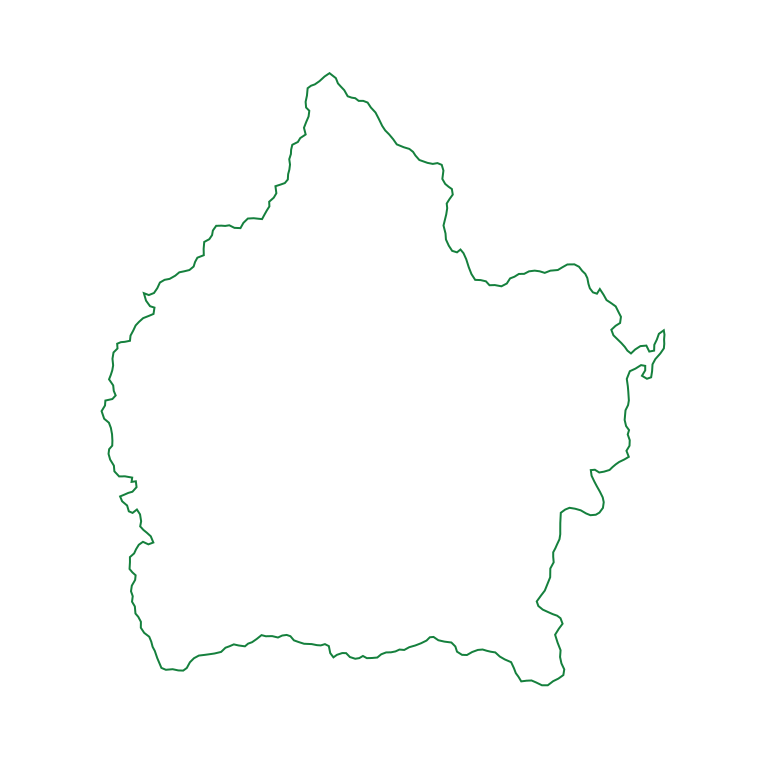 the district of Bom Despacho, Minas Gerais, Brazil, rotated 175°
{"feature_id": "56859067B37689080878598", "entity_name": "Bom Despacho", "entity_type": "district", "adm_level": 2, "iso_a3": "BRA", "parent_name": "Brazil", "parent_adm1": "Minas Gerais", "projection": "robinson", "projection_center": [-45.298, -19.708], "detail": "fine", "context": "isolated", "style": "outline", "palette": "green", "viewbox_px": 768, "rotation_deg": 175, "n_neighbors": 0, "source": "geoboundaries", "source_scale": "gbopen_adm2", "svg_char_len": 5261}
<svg xmlns="http://www.w3.org/2000/svg" viewBox="0 0 768 768"><g transform="rotate(175 384 384)"><path d="M615.3,495.4L613.8,487.8L610.3,481.9L606.0,480.1L607.5,473.9L611.8,472.5L618.2,470.6L622.6,467.3L626.3,464.0L629.2,459.0L632.3,454.3L633.3,449.2L638.6,448.6L642.5,448.6L646.3,447.4L646.4,442.6L650.7,439.0L652.3,432.8L652.2,426.2L653.5,421.3L655.4,416.8L657.5,412.6L653.9,406.2L653.8,400.7L652.3,396.0L655.9,392.7L663.0,391.8L663.8,386.9L667.7,381.6L665.8,373.8L661.4,369.4L659.9,364.0L659.3,357.6L659.5,351.2L660.1,346.3L663.5,343.0L664.5,338.4L663.4,332.6L660.2,326.2L660.2,320.5L655.9,315.0L650.1,314.6L643.0,312.7L644.0,308.5L639.7,308.7L639.5,302.8L644.0,298.6L648.2,297.8L652.0,296.5L656.7,295.0L655.1,290.0L650.5,285.3L649.3,279.4L645.7,277.5L641.1,280.5L638.4,275.4L637.9,268.4L639.3,263.4L636.4,259.6L633.3,256.6L629.6,252.6L627.6,246.2L632.7,244.8L637.9,247.8L642.3,245.2L645.4,241.0L647.7,237.0L652.2,233.7L652.6,228.7L653.6,221.9L651.1,218.3L648.1,215.1L649.0,210.5L652.8,205.1L654.1,199.6L652.8,194.5L654.0,189.1L651.6,184.1L651.6,177.0L649.1,173.5L646.9,168.3L647.5,162.4L644.6,157.0L639.9,152.7L638.3,147.6L637.4,142.3L635.6,138.1L633.8,130.8L630.5,120.6L626.2,118.3L619.4,118.3L613.9,116.6L609.0,116.0L605.2,118.3L601.6,123.7L597.2,127.4L592.1,129.6L585.8,129.8L581.7,130.0L576.4,130.3L569.6,131.3L564.9,135.1L560.8,136.2L556.3,137.7L551.6,136.2L545.4,134.8L542.0,137.2L537.9,138.3L533.0,141.1L527.9,144.5L523.7,143.0L517.4,142.6L511.7,140.7L507.3,142.3L502.8,142.5L499.2,140.9L496.1,136.5L491.8,134.5L486.3,132.2L478.7,131.2L473.6,129.7L469.8,129.1L465.5,130.0L461.8,127.7L461.0,120.6L458.2,116.1L454.5,118.3L449.1,119.6L445.2,119.2L441.8,115.0L436.6,112.8L432.5,113.1L428.7,114.9L425.0,112.4L420.0,112.1L414.5,112.1L410.3,115.0L405.3,116.4L400.4,116.1L395.9,116.6L391.7,118.1L387.0,117.3L381.8,119.6L375.6,120.8L369.7,122.5L364.0,124.7L360.4,127.7L356.7,127.7L352.2,124.0L346.3,122.1L339.4,120.6L335.8,116.3L334.6,111.0L329.9,107.4L325.0,106.8L319.6,109.3L313.7,110.9L308.9,110.9L304.9,109.3L301.0,108.0L296.5,106.9L292.4,102.4L287.7,99.1L281.6,95.8L279.3,89.5L277.9,84.5L275.6,80.7L273.2,75.8L267.8,76.0L262.9,75.8L258.6,73.5L252.9,70.1L247.1,69.6L241.4,73.2L236.0,75.3L230.7,78.4L229.3,84.0L231.6,90.2L232.4,96.7L231.3,103.4L233.6,111.2L235.4,119.3L231.2,124.9L227.0,129.6L228.6,135.3L231.7,138.1L235.9,140.0L240.4,142.5L245.5,145.4L249.6,149.4L250.8,154.1L246.1,159.5L241.8,164.2L238.5,170.7L235.3,177.0L234.4,185.7L230.5,191.6L230.5,197.1L230.1,201.6L227.7,205.3L225.6,209.1L222.7,214.1L221.5,219.0L221.1,223.7L220.5,230.1L219.1,240.3L214.5,243.1L210.0,244.5L204.5,243.1L199.0,241.0L193.9,237.4L189.8,235.3L184.4,235.3L180.6,237.1L176.7,241.5L175.4,247.1L176.0,252.0L178.3,257.9L180.9,263.6L183.0,268.6L185.2,274.5L185.5,280.2L181.4,280.2L177.3,277.1L172.5,277.5L166.8,278.7L163.6,281.3L160.2,283.7L156.6,285.8L151.1,287.9L146.5,290.1L148.3,296.3L144.8,301.1L144.1,306.6L145.6,312.5L143.9,316.7L146.5,321.0L147.4,327.2L145.7,336.8L142.7,341.7L141.5,346.3L141.3,355.5L141.3,360.5L141.7,367.9L138.0,375.3L132.2,377.4L126.3,380.4L122.2,379.3L122.6,374.8L126.3,369.7L121.6,366.3L117.3,367.4L115.8,373.4L114.8,380.2L111.5,385.2L106.1,390.3L102.1,395.1L101.3,399.5L101.1,404.0L100.3,408.7L100.6,413.1L105.8,410.0L108.3,404.5L111.3,399.5L112.0,393.7L116.9,393.2L119.3,399.4L125.3,399.4L130.8,396.5L135.3,392.9L138.6,396.0L140.9,400.0L143.9,404.0L147.6,408.3L151.2,412.5L152.8,418.2L148.2,421.8L143.5,424.2L142.1,430.3L144.1,435.2L146.4,441.1L151.3,445.3L155.0,448.2L157.5,453.8L160.7,459.8L164.0,455.4L167.9,457.1L170.6,461.4L171.6,465.9L172.2,471.8L173.9,476.2L176.7,479.4L179.5,483.8L183.9,486.6L190.9,487.1L196.0,484.8L200.9,482.4L208.4,482.4L214.2,480.7L219.1,482.7L224.0,483.8L229.7,483.6L234.8,481.5L240.0,481.9L244.7,479.5L249.2,478.2L252.9,473.4L258.5,471.1L265.0,472.9L270.3,473.2L273.5,477.4L278.7,479.1L284.1,479.8L287.3,485.9L289.4,493.0L291.2,501.1L293.4,507.4L296.1,511.3L299.8,508.8L304.5,510.7L307.4,516.1L309.7,522.6L309.6,528.6L310.9,536.7L309.0,542.3L307.2,547.6L305.7,553.7L305.8,558.3L302.7,562.4L299.0,566.7L299.4,572.3L302.5,574.9L305.6,578.0L308.0,583.2L306.2,591.4L307.4,597.3L311.5,599.4L316.2,599.0L321.4,600.5L329.3,604.1L332.8,608.9L334.8,612.7L338.3,616.0L343.6,618.1L350.4,621.6L353.5,627.0L357.2,632.3L360.7,636.5L363.3,641.3L366.0,648.4L368.8,655.2L373.0,660.6L375.8,665.8L380.1,667.9L384.6,668.3L387.7,671.2L391.3,672.1L395.1,673.8L398.0,680.2L401.2,684.2L403.7,687.5L405.3,692.9L411.2,698.4L416.4,695.5L421.9,691.3L426.8,688.5L430.7,687.5L434.3,685.3L435.6,678.1L437.5,671.9L437.5,666.2L434.6,662.7L435.8,657.1L438.7,651.7L441.4,646.2L440.3,639.4L446.0,636.3L448.7,632.6L454.5,630.3L456.1,625.5L456.7,621.2L458.8,616.2L458.5,610.8L459.6,605.8L461.2,601.4L462.0,596.1L465.3,592.8L469.6,591.7L474.9,590.5L474.6,583.4L477.6,579.2L482.5,575.6L482.7,570.9L485.6,567.1L488.2,563.3L491.1,558.9L494.8,559.6L499.3,560.5L505.2,560.7L510.0,556.8L513.4,551.8L519.4,552.6L524.3,555.6L528.4,555.3L532.1,555.9L537.4,556.2L541.1,551.8L542.3,547.3L545.4,543.5L550.7,541.2L551.9,534.3L552.3,528.0L558.9,526.1L561.6,522.0L563.4,517.6L567.9,514.5L573.1,513.7L578.2,513.1L582.5,510.1L588.4,507.4L593.5,506.9L598.4,504.6L601.5,499.2L605.2,494.7L610.5,493.1L615.3,495.4Z" fill="none" stroke="#15803d" stroke-width="2"/></g></svg>